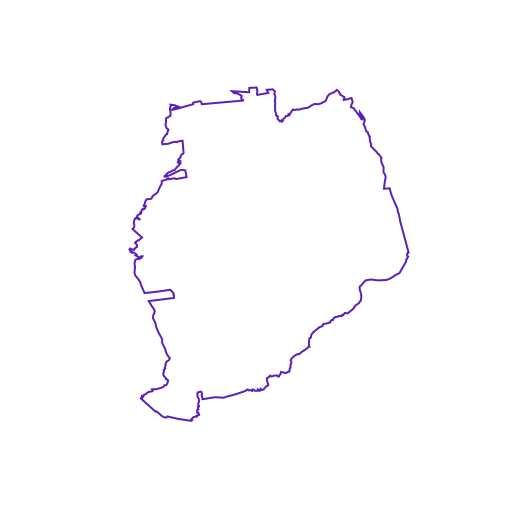 outline of Sapata, Arges, Romania, rotated 24°
{"feature_id": "2599482B9087219169175", "entity_name": "Sapata", "entity_type": "district", "adm_level": 2, "iso_a3": "ROU", "parent_name": "Romania", "parent_adm1": "Arges", "projection": "equal_earth", "projection_center": [24.732, 44.739], "detail": "fine", "context": "isolated", "style": "outline", "palette": "violet", "viewbox_px": 512, "rotation_deg": 24, "n_neighbors": 0, "source": "geoboundaries", "source_scale": "gbopen_adm2", "svg_char_len": 6121}
<svg xmlns="http://www.w3.org/2000/svg" viewBox="0 0 512 512"><g transform="rotate(24 256 256)"><path d="M390.2,218.0L394.0,213.2L395.4,199.9L394.8,198.5L395.2,194.6L394.5,194.6L393.2,192.9L393.4,191.2L394.0,190.8L373.9,166.0L369.1,159.2L367.8,158.2L366.0,155.3L357.0,147.1L353.6,143.7L350.6,139.8L345.5,142.5L342.9,133.9L342.7,132.0L341.6,130.0L338.2,127.3L336.6,123.1L332.8,119.7L331.3,117.6L330.6,115.2L326.8,113.0L325.9,113.2L323.9,111.9L317.3,109.4L316.0,108.3L315.8,107.0L313.6,105.0L313.3,104.1L311.0,100.8L311.3,100.5L309.5,99.4L307.6,97.4L306.4,97.4L304.2,95.3L303.6,94.3L300.6,91.7L300.3,87.8L298.5,85.9L292.4,82.4L292.7,83.1L294.4,84.4L297.6,87.9L296.7,88.2L295.2,87.0L285.0,81.2L282.2,81.4L281.7,79.4L281.7,76.0L278.9,72.8L276.5,75.0L272.7,77.8L272.4,76.8L272.8,76.1L272.1,74.9L267.4,74.4L266.9,73.4L265.9,73.3L265.0,72.2L262.3,71.4L261.0,74.2L257.3,78.3L256.4,81.1L256.6,85.4L256.3,86.4L253.1,90.4L250.7,92.2L247.5,93.4L245.2,96.2L243.3,99.3L237.7,103.0L236.5,104.3L233.2,105.9L231.8,107.1L230.2,107.0L229.2,111.7L229.3,112.5L228.2,113.0L229.0,114.0L228.0,114.4L227.9,115.2L226.5,116.0L226.2,117.8L225.2,119.5L225.5,121.0L225.1,122.7L224.8,122.8L223.9,121.9L223.1,123.3L219.9,121.9L219.3,120.0L218.8,119.3L217.9,119.6L216.9,119.1L216.5,117.8L214.3,115.5L213.6,113.5L212.9,112.6L212.0,110.6L211.7,108.9L210.6,107.7L208.8,102.3L206.8,100.4L206.4,98.1L206.0,97.7L204.9,97.6L203.7,96.9L198.2,99.8L200.9,102.0L191.7,108.3L190.8,107.3L190.3,105.0L188.1,101.8L181.5,105.2L183.1,109.2L166.9,115.2L169.2,116.0L170.4,116.0L172.0,115.1L177.7,115.4L177.9,115.6L178.0,117.2L178.7,118.3L180.7,119.0L181.8,118.8L144.7,139.4L143.6,137.8L142.0,137.2L136.3,141.4L136.4,142.2L136.8,142.9L123.3,154.2L120.0,156.5L119.8,156.1L120.8,155.2L120.8,154.2L122.8,152.6L123.7,152.5L124.6,151.1L120.2,151.4L116.6,152.5L117.0,152.8L117.2,155.9L120.0,160.5L120.8,162.8L119.7,164.1L119.2,165.2L118.5,165.7L117.8,166.9L117.8,167.3L119.2,169.8L120.0,173.1L122.2,175.5L124.6,176.2L124.7,178.5L125.2,180.9L124.4,181.6L123.8,184.7L123.6,186.9L124.1,188.1L123.7,188.8L123.8,189.9L125.0,192.0L129.9,189.4L134.7,185.0L137.3,184.2L138.8,182.5L142.0,180.6L147.9,191.2L147.6,192.6L146.6,193.6L146.6,195.5L147.0,197.0L145.7,199.5L146.0,200.0L147.6,200.0L146.4,202.1L147.8,202.7L148.4,201.6L149.0,201.3L149.3,202.3L147.5,207.2L146.7,210.7L144.6,212.2L143.8,213.7L142.3,215.0L140.9,217.3L141.2,217.8L140.0,220.3L140.8,220.6L144.3,217.4L152.2,208.1L153.1,207.4L156.6,206.5L160.5,212.2L151.5,218.3L150.0,218.1L144.8,221.5L144.1,220.8L143.6,221.2L143.6,222.1L139.4,225.8L140.5,228.5L140.1,231.8L140.2,238.0L137.2,243.5L137.2,245.7L136.9,246.4L133.1,248.7L132.7,250.3L133.2,254.5L132.9,255.0L133.0,255.8L135.0,255.2L135.3,255.5L134.9,256.3L135.2,257.3L134.4,259.3L134.1,259.4L133.7,258.8L133.3,259.3L132.9,261.2L133.5,263.1L131.8,263.5L133.6,263.7L133.6,264.1L131.7,266.3L131.2,267.5L131.1,269.0L132.7,269.0L135.6,270.1L132.4,270.0L131.1,270.3L130.3,270.8L130.3,273.3L131.0,275.7L131.9,276.6L132.8,278.6L132.9,279.8L132.2,281.6L144.4,285.5L142.4,289.4L141.6,289.9L140.9,291.7L140.3,292.0L140.3,293.4L140.9,293.3L142.6,294.2L143.6,296.2L142.5,297.5L142.1,300.0L140.9,299.9L140.0,300.7L138.0,300.3L137.7,301.5L138.2,302.0L139.3,302.3L139.7,303.2L140.9,303.5L141.5,303.2L141.3,302.7L141.5,302.6L144.5,302.8L146.8,303.5L146.8,304.0L146.2,304.4L148.8,304.9L150.9,304.1L151.3,302.8L152.4,302.5L152.1,304.1L151.2,305.5L148.0,307.6L147.4,308.8L148.1,312.6L149.8,314.8L151.8,320.7L153.5,322.8L158.8,325.5L161.2,327.3L162.5,329.1L169.3,335.2L180.4,328.7L191.4,321.7L195.6,323.5L196.1,323.9L196.5,325.2L197.2,325.6L198.1,327.7L176.4,340.8L182.1,344.8L184.0,345.7L184.1,346.1L185.6,347.1L186.4,349.4L186.2,352.0L187.2,354.7L191.5,358.3L193.9,361.7L198.3,365.7L204.1,370.1L205.3,372.9L206.0,373.9L211.0,378.0L212.4,379.9L214.3,381.7L216.5,383.3L218.8,384.3L218.8,386.6L217.5,388.4L217.2,389.5L217.5,392.2L218.0,392.8L218.1,395.2L218.8,395.7L218.7,396.5L218.2,397.2L218.2,398.2L219.0,399.0L219.0,400.7L219.3,401.8L221.1,403.3L224.5,404.8L224.3,405.1L226.0,405.2L226.5,405.9L226.8,409.0L226.4,410.7L225.2,411.1L224.2,413.9L219.0,418.3L215.3,420.0L216.5,421.0L216.4,421.7L215.1,422.4L212.3,424.9L211.6,426.9L210.2,428.3L209.8,429.5L210.3,430.0L210.2,430.4L208.9,430.3L209.6,431.9L208.7,432.1L208.8,432.7L209.4,432.6L209.5,433.2L227.7,439.1L228.5,438.4L235.8,440.6L238.2,440.5L239.9,440.1L240.3,438.6L250.6,436.6L264.0,432.9L264.4,431.9L263.4,431.6L264.2,429.0L264.9,428.1L266.9,427.0L266.7,426.3L267.3,426.4L268.0,424.8L268.6,424.3L267.2,422.8L265.9,423.0L265.8,421.9L265.0,420.8L265.5,419.8L265.1,419.8L264.9,417.9L264.2,417.1L264.3,416.7L265.0,416.4L264.9,416.1L264.0,415.7L263.5,415.0L263.2,414.1L263.2,412.2L261.8,409.7L259.8,408.3L259.4,407.7L258.2,405.0L258.6,404.0L260.5,402.5L261.4,402.4L262.7,403.7L263.1,405.7L264.0,406.3L265.3,408.6L276.3,401.5L284.0,398.7L286.3,396.5L293.9,390.4L301.0,383.8L302.3,381.5L303.2,381.3L304.1,381.7L305.7,380.8L307.2,380.8L306.8,379.7L307.5,379.1L308.6,379.2L309.4,379.7L311.6,378.9L312.2,378.3L311.9,377.2L313.8,377.9L314.3,377.5L314.0,376.3L314.3,375.4L315.6,376.2L317.2,374.9L317.6,373.2L318.7,370.2L319.7,369.4L319.7,368.7L316.7,365.3L315.7,363.3L317.3,360.8L317.5,359.5L319.3,359.7L321.2,357.9L323.8,356.6L325.4,357.1L325.9,356.9L326.1,356.6L325.8,355.6L326.4,354.2L326.0,351.8L330.8,350.8L332.4,349.1L332.5,348.5L333.2,348.3L333.4,347.4L332.5,344.9L332.9,344.3L332.9,343.5L331.9,342.1L331.7,339.4L331.2,338.0L330.1,337.3L330.2,335.7L330.7,333.8L332.3,330.6L334.2,328.4L335.3,328.2L336.6,325.4L339.8,320.4L341.1,317.3L341.7,317.1L340.6,315.9L339.3,312.9L338.3,309.5L339.3,308.2L338.6,305.4L339.3,302.4L342.9,295.3L345.4,292.8L344.9,291.4L345.7,290.3L348.2,288.8L349.7,287.2L350.7,286.8L350.6,285.3L351.3,283.6L352.3,283.1L352.2,281.7L352.9,280.0L356.0,277.6L356.3,277.0L358.7,276.1L358.7,274.7L359.7,274.5L360.3,271.9L362.7,271.3L363.5,270.3L366.3,264.7L367.1,260.4L369.2,257.3L369.3,255.6L369.9,254.2L368.6,249.8L366.5,246.8L364.4,244.4L363.3,242.3L363.4,241.2L364.1,240.2L365.2,235.9L366.3,233.5L370.6,230.7L377.5,228.6L384.5,225.1L386.8,223.1L390.0,218.8L390.2,218.0Z" fill="none" stroke="#5b21b6" stroke-width="2"/></g></svg>